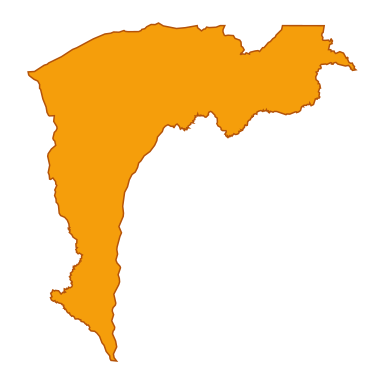 Caracaraí, Roraima, Brazil
{"feature_id": "56859067B80750202370332", "entity_name": "Caracaraí", "entity_type": "district", "adm_level": 2, "iso_a3": "BRA", "parent_name": "Brazil", "parent_adm1": "Roraima", "projection": "mercator", "projection_center": [-61.229, 0.312], "detail": "fine", "context": "isolated", "style": "filled", "palette": "amber", "viewbox_px": 384, "rotation_deg": 0, "n_neighbors": 0, "source": "geoboundaries", "source_scale": "gbopen_adm2", "svg_char_len": 5807}
<svg xmlns="http://www.w3.org/2000/svg" viewBox="0 0 384 384"><path d="M116.6,361.0L114.1,357.7L113.4,354.0L116.7,346.9L115.6,341.0L112.5,333.9L113.1,331.1L114.4,329.4L114.7,327.1L111.7,320.8L113.6,314.7L112.3,311.2L112.4,309.4L113.1,307.6L115.4,305.0L115.8,303.1L113.8,294.2L118.7,284.8L119.6,281.9L119.3,278.3L118.1,274.7L120.5,267.8L120.0,266.3L117.0,262.9L115.9,260.0L117.6,254.1L116.8,249.6L117.1,247.0L119.9,236.5L121.5,232.8L118.9,226.6L123.2,216.4L123.5,213.2L122.7,206.3L124.6,192.3L127.5,186.8L129.3,179.8L132.0,174.5L135.3,172.0L137.6,167.4L138.7,163.0L140.9,160.9L144.2,155.8L150.0,151.5L154.6,145.4L156.8,140.7L157.5,137.0L162.3,131.6L163.4,128.3L165.3,126.2L168.0,124.7L170.9,126.3L173.3,126.3L173.5,127.4L174.1,127.5L175.5,125.1L177.1,124.0L179.4,126.4L180.4,129.1L181.9,127.9L182.2,128.7L183.9,128.7L184.0,130.1L184.6,130.5L185.2,129.0L186.8,129.7L187.5,128.4L186.8,128.4L186.7,127.7L188.7,127.8L188.1,127.4L188.1,126.1L190.7,124.3L190.6,123.3L191.5,122.7L193.2,122.9L192.5,122.3L193.6,121.4L193.0,120.6L194.8,119.6L194.6,118.1L195.8,117.2L195.1,116.0L197.1,115.9L197.7,114.0L198.2,115.8L199.2,115.4L200.0,116.0L200.9,115.1L202.0,115.9L203.2,115.5L205.1,117.1L206.1,117.1L208.5,114.8L208.2,114.2L208.8,112.3L210.6,111.4L211.7,111.9L214.9,115.2L215.1,116.6L217.2,118.1L217.4,122.4L216.8,123.6L218.1,126.0L220.1,127.0L221.1,128.3L221.1,129.6L222.4,130.6L226.0,130.7L226.3,131.9L224.9,134.1L225.7,134.3L225.8,135.7L227.6,137.3L227.7,136.1L228.5,137.0L229.6,135.8L230.0,136.6L231.3,135.4L232.0,136.1L233.9,133.7L235.2,134.5L236.9,134.3L238.6,133.5L239.1,132.1L238.7,130.8L239.5,131.7L241.9,130.5L241.4,129.9L242.6,130.2L243.3,128.5L242.7,128.6L244.4,127.6L244.6,125.7L245.2,124.9L246.1,125.6L247.3,125.2L247.7,121.7L248.9,120.3L250.4,119.7L250.6,118.4L252.2,117.2L251.9,116.3L253.3,116.3L253.5,114.5L255.3,113.7L256.8,114.2L256.9,112.2L258.6,111.2L260.9,110.5L262.7,111.4L263.3,110.0L264.0,111.1L266.0,110.6L266.4,109.6L267.1,111.2L268.2,110.7L268.7,111.2L268.4,112.2L269.3,112.8L270.6,111.3L273.1,112.2L274.4,111.4L276.8,111.5L286.0,114.7L286.8,114.0L289.9,114.1L295.3,111.9L296.3,111.9L296.6,112.6L298.7,111.9L300.5,110.5L301.4,107.3L301.9,106.6L303.3,106.7L302.8,106.1L304.0,105.3L306.6,105.3L306.9,104.6L308.2,104.3L308.8,104.7L309.7,104.3L309.8,103.3L311.1,105.7L313.5,104.5L315.4,98.9L317.1,99.1L317.0,98.3L319.2,98.0L319.8,97.0L319.0,96.1L319.5,92.8L318.4,91.8L319.6,88.4L320.5,88.0L319.8,86.7L320.2,86.3L319.6,84.1L318.9,83.4L318.3,83.6L318.4,81.6L316.0,79.6L315.7,76.8L317.3,73.8L316.1,72.1L318.0,71.4L318.6,69.1L320.9,68.5L321.1,67.2L320.1,65.7L321.3,64.4L325.7,64.0L326.8,64.5L330.8,62.6L331.5,62.9L331.4,64.0L333.0,64.2L333.0,63.6L334.4,62.7L335.9,62.4L337.8,64.1L345.4,66.0L348.6,65.4L350.7,67.8L350.6,68.9L351.6,69.2L352.4,70.4L355.9,69.8L354.1,68.3L354.5,66.4L353.4,65.6L352.3,63.1L350.7,63.3L349.0,62.4L347.7,59.7L347.9,57.8L347.3,57.4L346.3,58.3L343.5,53.1L339.8,51.7L335.8,53.5L334.5,52.4L334.2,51.2L331.9,51.0L331.2,51.5L330.8,49.7L328.5,49.6L329.7,44.5L332.1,43.6L331.7,42.9L332.5,41.0L331.2,39.0L330.6,39.4L330.9,40.6L329.6,41.4L328.5,40.1L324.9,40.4L323.0,40.2L322.5,39.5L322.9,37.5L321.7,35.4L322.1,33.2L323.1,32.5L324.2,25.7L282.5,25.6L281.6,29.7L276.1,35.1L275.3,37.0L272.7,38.8L270.4,41.5L268.3,42.6L264.1,47.6L262.6,47.7L259.6,51.5L258.0,50.6L255.0,51.0L250.3,52.2L249.5,53.1L249.5,54.1L246.1,52.8L245.1,54.2L242.3,53.9L240.9,54.5L240.5,54.2L241.1,53.1L241.9,52.8L244.2,49.9L242.8,47.3L241.3,46.2L241.0,42.0L239.7,40.1L235.0,38.4L233.4,35.6L228.1,35.2L225.1,35.7L224.1,34.9L223.0,31.9L223.0,29.7L224.8,25.6L220.2,25.6L216.1,27.2L209.1,27.6L206.6,27.1L205.3,28.9L203.8,29.1L201.5,30.9L197.6,27.7L197.2,25.6L185.3,27.7L176.5,28.5L163.3,25.9L158.5,23.0L155.2,24.6L151.1,24.5L146.8,26.7L144.8,28.7L141.8,29.4L141.1,30.5L138.7,31.6L128.0,31.7L125.3,31.4L124.0,30.5L119.1,32.2L113.6,32.0L110.8,33.2L104.9,34.0L93.3,38.9L76.9,47.7L72.5,49.5L61.5,56.7L48.6,63.0L47.2,64.3L44.2,65.2L34.5,71.5L28.1,71.9L28.7,74.9L29.7,76.0L34.1,79.4L37.7,81.0L39.6,84.4L39.6,88.4L40.6,89.4L42.9,99.0L46.1,107.0L47.0,112.3L48.6,115.4L49.4,115.9L54.3,115.7L53.7,121.4L56.8,126.5L57.1,128.3L56.1,130.6L54.3,132.4L52.9,138.2L53.4,139.7L54.8,141.1L55.7,145.4L51.4,149.0L48.2,153.7L47.7,156.2L49.7,165.2L48.2,172.6L49.2,174.9L49.6,179.1L50.6,179.4L52.9,178.0L55.6,181.6L55.8,184.1L56.8,185.4L54.8,190.0L55.6,191.9L54.6,195.6L56.0,198.8L56.2,202.3L57.6,203.6L58.5,205.7L59.2,213.2L60.6,215.5L64.7,217.3L67.3,220.2L68.9,224.0L69.2,227.1L69.8,227.5L69.2,228.4L68.3,228.2L68.4,229.1L69.8,229.7L69.3,230.3L70.0,231.0L69.3,232.4L71.8,234.7L73.2,237.3L76.9,239.7L76.8,243.0L75.9,243.8L76.1,247.2L77.3,247.6L75.8,249.4L76.8,251.5L76.4,252.0L78.1,253.8L79.4,253.1L82.4,255.0L81.6,255.8L81.6,258.3L80.3,259.0L80.9,260.9L79.7,261.0L79.8,262.3L79.1,262.6L78.8,263.8L77.7,264.7L77.2,264.4L75.8,266.1L74.9,265.7L74.5,266.7L73.4,266.3L73.2,267.3L74.4,269.0L72.7,269.4L72.6,271.4L70.4,273.2L71.2,275.0L70.5,275.0L70.2,276.3L69.5,276.8L70.5,277.9L70.1,279.6L72.1,281.7L72.1,282.6L71.3,282.6L71.1,283.4L72.4,284.9L71.9,286.7L70.1,287.8L68.6,287.2L68.3,288.4L67.1,289.0L66.8,288.4L65.9,289.4L64.3,288.8L64.2,290.8L65.5,292.1L64.1,292.7L63.2,292.1L61.1,294.0L58.6,290.8L55.4,290.4L54.6,291.0L52.8,290.0L51.9,292.3L50.7,293.2L52.0,296.8L50.5,297.6L51.4,299.9L53.4,301.2L54.9,300.6L55.3,301.9L56.6,302.7L57.1,301.9L58.6,302.9L61.8,303.7L61.9,304.5L63.7,305.3L63.3,306.0L64.3,307.5L63.7,308.2L64.6,308.5L64.8,309.3L65.6,309.1L67.2,312.0L68.4,313.1L69.5,313.0L70.0,314.5L71.8,316.3L72.6,315.9L74.0,316.7L75.2,319.0L78.4,318.8L79.7,319.8L80.7,319.7L81.1,321.4L83.8,322.0L85.5,324.0L86.4,324.2L86.7,325.1L88.4,325.1L89.8,327.4L89.1,329.0L91.0,330.9L94.7,331.3L96.9,333.1L99.6,336.4L102.0,342.8L104.1,345.4L106.2,351.5L109.7,355.8L110.1,358.8L111.0,360.4L116.6,361.0Z" fill="#f59e0b" stroke="#b45309" stroke-width="1.5"/></svg>